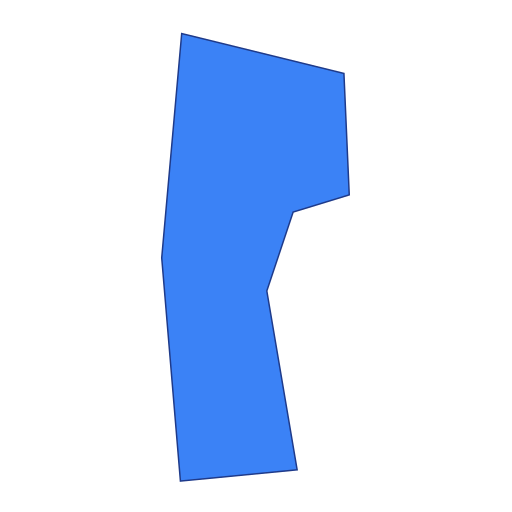 an SVG outline of Ngaraard, rotated 179°
{"feature_id": "PLW-5251", "entity_name": "Ngaraard", "entity_type": "state/province", "adm_level": 1, "iso_a3": "PLW", "parent_name": "Palau", "parent_adm1": "", "projection": "orthographic", "projection_center": [134.644, 7.639], "detail": "fine", "context": "isolated", "style": "filled", "palette": "blue", "viewbox_px": 512, "rotation_deg": 179, "n_neighbors": 0, "source": "natural_earth", "source_scale": "10m", "svg_char_len": 276}
<svg xmlns="http://www.w3.org/2000/svg" viewBox="0 0 512 512"><g transform="rotate(179 256 256)"><path d="M335.5,32.3L350.3,255.8L326.4,479.7L164.9,437.0L161.7,315.5L218.1,299.3L245.8,220.9L218.6,41.5L335.5,32.3Z" fill="#3b82f6" stroke="#1e3a8a" stroke-width="1.5"/></g></svg>